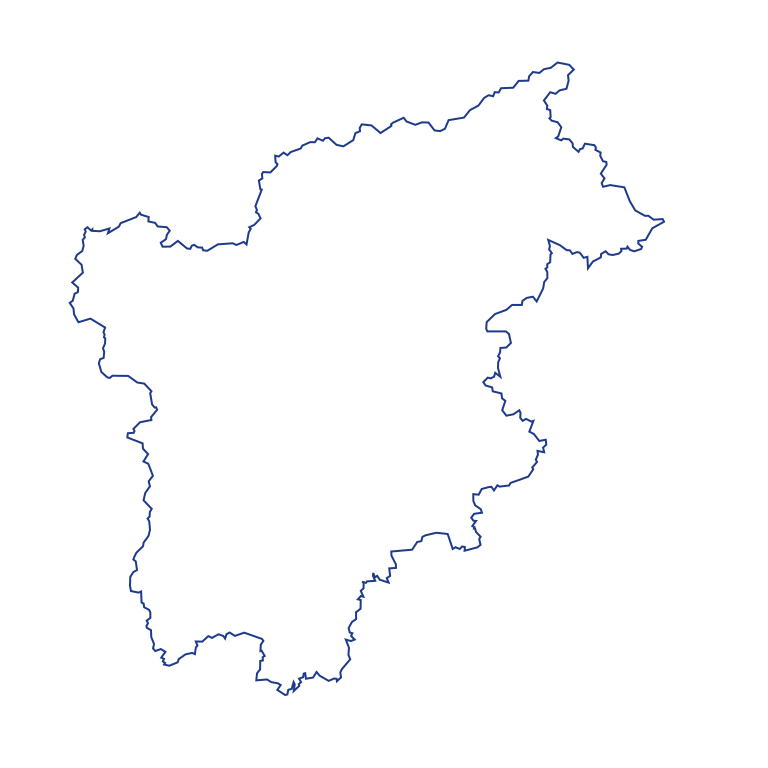 Trentino-Alto Adige, Bozen, Italy, rotated 352°
{"feature_id": "23120603B10307341449000", "entity_name": "Trentino-Alto Adige", "entity_type": "district", "adm_level": 2, "iso_a3": "ITA", "parent_name": "Italy", "parent_adm1": "Bozen", "projection": "mercator", "projection_center": [11.286, 46.382], "detail": "fine", "context": "isolated", "style": "outline", "palette": "blue", "viewbox_px": 768, "rotation_deg": 352, "n_neighbors": 0, "source": "geoboundaries", "source_scale": "gbopen_adm2", "svg_char_len": 6147}
<svg xmlns="http://www.w3.org/2000/svg" viewBox="0 0 768 768"><g transform="rotate(352 384 384)"><path d="M211.0,610.8L227.6,619.4L228.8,621.6L225.7,625.0L224.5,631.3L225.7,631.1L228.0,636.7L225.8,637.7L225.6,640.9L222.9,641.0L221.6,649.4L218.0,652.8L216.3,659.7L227.0,660.3L231.0,663.6L237.3,665.6L239.8,667.7L235.8,672.1L242.8,678.2L245.1,678.0L246.7,673.5L250.2,673.1L253.0,666.6L253.8,669.0L251.9,675.5L258.1,671.1L257.8,669.4L260.4,667.7L258.9,664.0L263.1,663.1L264.2,659.6L265.7,659.4L265.7,665.0L272.9,664.8L277.1,659.8L279.7,663.9L287.9,670.3L293.7,668.7L296.0,669.3L296.0,671.8L300.6,668.6L300.6,663.5L302.7,660.4L312.2,652.0L311.1,647.2L312.6,640.4L310.6,631.8L315.4,633.9L319.4,633.0L316.3,628.9L318.0,626.4L315.5,625.3L315.0,620.8L319.0,615.3L323.7,612.9L324.5,606.2L329.5,603.3L330.9,594.7L328.2,593.6L331.5,590.8L334.0,591.8L332.2,585.6L335.3,583.5L336.2,578.0L334.9,576.7L338.4,578.4L339.7,577.1L347.9,577.7L346.4,572.4L347.0,569.6L348.1,574.2L350.5,573.0L352.7,577.3L360.9,581.3L359.7,576.6L363.4,574.9L363.5,567.3L370.2,567.8L370.7,564.3L367.5,555.1L367.9,550.9L388.8,552.0L394.9,545.1L399.1,544.8L400.8,540.7L404.1,539.6L415.2,538.6L426.2,541.4L429.1,556.9L432.1,555.6L436.0,557.9L438.7,555.8L441.4,556.7L440.6,560.3L453.6,558.8L457.2,556.7L456.7,550.8L458.4,548.7L454.5,543.3L454.1,539.9L453.0,539.7L453.7,538.4L451.7,537.0L456.1,532.4L453.6,531.9L451.8,528.5L455.2,525.1L463.1,525.1L462.4,521.4L457.4,516.9L456.2,512.2L457.1,505.5L462.3,506.8L466.1,501.6L472.9,500.7L476.0,500.7L478.1,504.7L482.2,500.1L484.2,501.7L493.8,501.9L495.5,499.6L514.0,495.8L519.9,489.2L519.2,487.3L524.7,482.5L523.8,480.0L526.6,475.4L526.7,471.6L533.1,473.9L532.7,469.1L536.3,466.6L536.4,461.7L529.8,462.0L525.5,454.4L521.3,451.4L526.8,441.3L524.6,441.7L519.8,438.3L516.2,439.8L514.2,436.4L515.2,431.5L514.3,428.9L507.9,432.0L500.8,432.4L497.4,426.4L501.8,417.6L498.9,414.6L499.0,409.7L490.7,406.4L490.6,402.4L484.4,399.6L482.6,396.0L487.7,392.1L490.4,393.3L494.0,392.1L495.7,388.4L500.2,393.0L499.1,384.0L500.1,378.4L502.4,374.6L500.8,372.4L503.3,369.0L504.3,364.5L510.2,364.9L515.4,361.0L514.7,351.8L512.0,348.9L493.7,346.3L492.9,343.5L494.3,337.0L503.6,330.2L515.5,327.6L521.9,323.5L531.5,324.9L532.7,320.9L537.4,318.6L543.6,318.3L546.7,323.5L554.9,311.5L556.9,305.2L560.5,301.9L561.3,295.8L559.9,292.4L561.9,291.3L562.3,288.1L565.5,286.5L566.9,278.9L568.4,277.8L566.2,273.6L567.5,270.6L566.7,264.2L577.5,271.0L583.5,276.9L586.7,277.5L588.7,281.4L593.5,280.2L596.2,281.3L599.3,286.8L603.1,286.4L602.1,297.8L607.9,291.8L616.3,288.8L617.1,285.5L621.9,283.4L624.4,286.8L628.4,288.1L634.6,287.6L637.6,285.5L637.6,283.1L643.2,283.7L644.2,281.9L646.4,285.5L650.2,287.4L657.4,286.1L658.7,284.1L655.4,280.3L655.8,277.7L663.3,277.6L671.4,267.1L683.9,262.3L682.9,259.5L673.9,258.8L669.2,254.2L665.8,253.8L656.9,247.0L652.8,237.0L649.4,222.7L635.7,218.5L628.4,219.2L627.5,215.4L630.9,211.1L628.0,205.8L635.0,197.8L635.0,195.0L631.9,193.9L629.9,188.3L630.7,184.9L626.0,181.6L626.7,179.2L625.6,176.8L616.4,174.0L613.5,178.4L610.7,178.7L609.0,181.2L604.1,175.6L604.2,171.8L601.6,167.6L595.7,166.0L593.4,167.4L588.4,164.4L591.0,163.0L595.3,154.4L592.4,149.0L586.6,146.5L584.8,143.9L586.2,142.8L586.7,135.8L583.6,134.4L584.4,131.1L581.8,125.5L589.2,118.2L594.3,120.5L598.7,117.7L605.8,117.0L609.0,109.4L609.2,103.8L615.7,99.0L611.8,93.7L600.6,89.8L593.2,94.1L586.2,94.5L581.2,97.6L574.9,95.8L570.6,99.4L569.2,103.7L559.5,102.6L553.2,108.6L541.1,107.4L538.1,111.3L534.3,110.4L532.1,114.2L527.7,112.6L522.9,114.7L516.3,121.4L507.2,124.8L500.3,131.3L484.7,131.7L479.9,139.7L474.8,141.4L469.3,139.9L464.5,131.3L458.0,130.2L451.1,131.7L442.9,127.2L440.5,123.1L429.5,126.4L427.2,127.7L427.2,129.5L415.5,135.0L407.6,126.2L398.1,123.8L395.6,127.1L395.4,130.4L390.6,131.6L387.5,138.2L376.9,143.0L370.3,140.6L363.5,132.4L359.8,132.4L357.4,134.6L352.3,131.5L349.2,135.0L344.6,134.2L336.2,136.6L334.3,139.2L324.0,141.3L320.2,144.0L316.8,140.9L311.4,144.1L308.0,142.8L307.5,149.2L309.1,151.5L308.2,153.2L300.9,158.7L293.9,157.3L292.4,159.0L292.1,163.5L288.4,165.1L288.7,174.0L290.0,174.5L281.4,190.0L282.4,194.1L281.1,196.1L283.3,198.0L284.8,202.8L277.5,208.5L272.4,210.0L273.6,211.8L271.1,215.1L267.3,226.7L264.9,223.8L257.2,225.8L253.8,223.6L239.0,222.6L227.5,227.5L223.5,226.4L222.9,223.6L218.6,222.8L215.4,219.8L212.9,220.3L211.0,223.2L207.8,222.4L199.8,213.6L191.6,218.2L183.8,217.2L182.6,213.0L188.2,210.3L189.8,206.0L193.2,202.4L190.7,198.5L181.8,196.5L179.8,192.6L173.3,190.2L174.2,185.9L166.9,182.5L165.9,180.4L161.9,184.2L145.5,188.1L143.5,191.2L131.6,196.3L133.7,191.8L123.9,193.2L116.3,191.7L116.6,190.3L115.3,191.2L112.1,187.5L109.2,189.2L109.8,191.7L107.7,194.6L108.2,197.2L105.7,199.3L105.8,205.4L103.7,210.3L97.8,213.5L95.7,217.1L101.1,223.8L101.3,231.8L89.4,240.1L94.6,246.1L93.6,250.4L90.2,251.6L87.4,258.2L84.1,260.0L87.0,265.9L86.8,272.0L90.0,280.3L102.4,278.4L115.7,289.3L113.4,293.6L114.2,296.2L113.2,298.7L114.3,300.0L113.4,305.1L110.7,309.5L111.4,313.2L110.0,319.1L106.3,320.0L104.5,323.8L105.8,332.8L111.0,339.0L113.4,339.8L116.2,338.0L131.8,340.4L139.9,348.2L146.6,350.2L152.7,358.8L151.2,360.6L151.5,372.0L153.6,375.4L155.2,375.4L155.7,378.0L148.7,384.4L148.6,387.3L137.1,387.9L129.6,393.6L130.4,395.8L129.3,397.5L123.5,397.1L122.4,401.2L136.7,409.2L136.3,414.5L140.6,420.6L135.0,427.2L139.5,430.2L142.4,442.8L137.4,447.6L138.0,452.7L132.4,458.7L129.7,465.7L136.6,475.3L134.3,478.2L133.4,482.7L131.2,484.3L132.4,487.3L132.0,495.7L129.7,501.6L123.9,507.6L122.8,511.1L115.3,516.6L112.4,520.9L111.4,522.9L113.5,525.1L113.5,533.9L109.5,535.4L105.9,539.8L104.4,548.2L104.6,553.8L111.8,556.4L114.6,555.7L113.5,566.7L115.4,568.0L115.4,571.7L120.0,575.0L120.8,577.6L120.1,583.1L116.1,585.3L117.0,588.2L115.0,590.6L115.3,592.5L119.0,595.3L118.3,602.3L120.1,609.5L118.5,613.7L120.3,616.6L126.1,615.4L130.3,618.8L125.3,624.0L127.9,625.6L126.4,627.9L128.4,629.8L127.2,631.2L132.2,633.1L140.9,630.9L142.4,627.9L149.8,624.1L156.6,623.6L159.1,625.2L161.0,618.7L162.9,617.1L161.8,612.8L168.2,613.8L175.0,609.2L178.3,611.5L185.3,608.8L189.8,611.2L191.2,614.0L193.2,609.9L196.5,608.6L201.3,612.7L211.0,610.8Z" fill="none" stroke="#1e3a8a" stroke-width="2"/></g></svg>